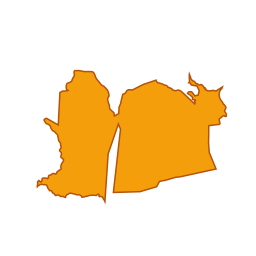 Santiago Yucuyachi, Oaxaca, Mexico (orthographic projection), rotated 168°
{"feature_id": "50627088B52041523995534", "entity_name": "Santiago Yucuyachi", "entity_type": "district", "adm_level": 2, "iso_a3": "MEX", "parent_name": "Mexico", "parent_adm1": "Oaxaca", "projection": "orthographic", "projection_center": [-98.214, 17.61], "detail": "fine", "context": "isolated", "style": "filled", "palette": "amber", "viewbox_px": 256, "rotation_deg": 168, "n_neighbors": 0, "source": "geoboundaries", "source_scale": "gbopen_adm2", "svg_char_len": 5510}
<svg xmlns="http://www.w3.org/2000/svg" viewBox="0 0 256 256"><g transform="rotate(168 128 128)"><path d="M187.2,176.9L195.6,145.5L205.8,154.5L206.4,154.3L207.1,154.3L207.9,153.7L208.4,153.4L208.4,152.7L207.8,151.3L207.7,150.5L207.1,149.5L206.4,148.9L205.7,148.6L205.1,148.0L204.5,147.5L203.7,146.2L203.5,145.5L203.5,144.5L203.4,143.7L203.1,143.0L202.8,142.3L202.4,141.2L201.7,140.6L201.1,140.2L200.5,139.5L200.0,138.7L199.8,138.2L199.0,137.1L198.5,136.2L198.3,135.5L198.4,134.3L198.3,133.1L198.4,131.4L198.4,129.9L198.0,128.8L197.4,127.8L197.2,126.6L197.3,126.1L197.5,125.4L197.4,124.2L197.4,123.6L197.7,122.4L198.8,121.4L199.3,121.0L199.6,120.0L199.4,119.3L198.8,118.6L198.5,118.0L198.4,117.3L198.5,116.7L198.7,115.7L199.1,115.2L199.6,114.3L199.7,113.4L199.4,112.8L199.0,112.4L198.6,112.0L198.2,111.4L197.7,110.8L197.7,109.9L198.0,109.4L198.5,108.7L199.0,108.2L199.4,107.8L200.4,106.8L201.3,105.3L201.8,104.1L201.8,103.4L201.8,102.5L202.0,101.8L202.8,101.5L203.4,101.1L204.3,101.0L205.0,100.5L205.6,100.2L206.4,100.0L206.8,99.4L207.1,98.8L207.7,98.2L208.4,98.0L209.0,98.5L210.3,99.0L211.3,99.1L212.9,98.3L214.2,98.1L215.1,98.1L215.8,97.5L216.0,96.5L216.5,95.6L216.9,95.5L217.5,95.2L218.0,95.8L218.8,96.0L219.7,96.4L220.4,96.6L221.6,96.7L222.5,96.3L222.7,95.6L223.0,94.9L223.2,94.4L223.7,93.7L224.2,93.3L224.8,93.5L225.2,94.1L225.7,94.7L226.1,95.2L226.8,94.7L227.3,94.5L227.6,94.1L227.8,93.5L227.9,92.8L228.0,92.2L228.2,91.7L228.4,91.1L228.8,90.3L228.9,89.4L228.1,90.1L226.9,90.4L226.1,90.8L225.2,90.9L224.6,90.9L223.7,90.7L223.2,90.5L222.6,90.2L222.0,89.9L221.3,90.0L220.8,89.8L220.2,89.5L219.4,88.8L219.2,88.0L219.1,87.5L219.0,86.8L219.0,86.0L218.3,84.6L218.0,83.8L217.9,83.2L217.5,82.8L216.9,82.9L216.0,82.6L215.6,81.9L215.5,81.2L215.3,80.2L214.8,79.9L214.1,79.2L213.8,78.6L213.4,77.9L213.0,77.1L212.4,76.9L211.8,77.0L210.8,77.1L210.2,77.0L209.7,76.6L209.1,76.2L208.5,75.3L207.9,74.9L207.2,74.8L206.4,74.7L205.8,74.6L205.3,74.2L204.8,73.7L204.4,73.4L203.7,73.1L203.3,73.5L203.1,74.0L202.4,75.0L201.9,75.4L201.0,75.5L199.9,75.8L199.2,76.1L198.4,76.3L197.2,76.0L196.3,75.6L195.8,75.4L195.3,75.0L194.1,74.6L193.0,73.9L192.2,73.4L190.7,73.0L189.2,72.6L188.7,72.2L187.9,71.4L187.4,69.8L186.7,69.7L186.2,69.9L185.2,69.7L184.7,69.7L183.9,70.0L183.0,69.7L181.7,69.8L180.9,69.9L179.9,70.0L178.9,70.0L178.1,69.8L176.6,69.7L176.2,69.6L175.0,69.2L173.1,68.6L172.4,68.9L171.9,69.2L170.7,69.4L170.2,69.0L170.3,68.3L170.5,67.8L170.6,67.3L170.3,66.8L169.5,66.8L168.9,66.8L168.4,66.3L167.7,66.1L167.3,65.8L167.2,65.2L166.9,64.2L166.8,63.6L166.3,62.7L166.1,61.6L165.9,60.8L164.4,66.1L152.8,106.8L136.6,133.9L135.6,128.3L155.7,68.0L129.4,63.2L128.5,63.3L112.2,64.6L108.3,69.2L101.9,69.1L91.5,69.9L87.4,69.4L50.4,69.6L52.8,82.7L53.6,87.2L52.3,96.8L50.4,104.9L48.5,113.5L37.9,112.6L37.1,113.2L37.1,114.2L37.1,115.5L37.1,116.2L37.1,116.8L37.0,117.5L36.2,118.2L34.9,118.8L34.1,119.1L33.3,119.8L32.6,120.0L31.9,120.2L31.5,120.0L30.9,119.4L30.4,118.9L29.4,119.1L29.1,119.9L29.1,121.1L29.1,121.6L29.2,122.2L29.5,123.1L29.8,123.6L30.1,124.2L29.9,124.8L29.4,125.6L28.8,126.2L28.4,126.8L27.9,127.7L28.2,129.0L28.7,130.0L29.0,130.8L29.4,131.3L29.8,131.8L30.0,132.5L30.2,133.5L30.8,134.7L31.4,136.0L31.8,137.2L32.0,138.4L32.1,139.7L32.0,141.6L31.6,142.8L31.0,144.1L30.6,145.0L29.8,145.7L29.0,146.5L28.4,146.8L27.7,147.5L27.1,148.5L32.5,146.6L33.4,146.1L34.2,145.8L36.2,146.7L36.7,147.1L37.2,147.3L38.1,147.0L39.1,147.2L40.1,147.4L41.1,147.5L41.9,147.5L43.3,148.8L44.1,149.2L43.9,149.9L44.5,149.9L44.5,151.0L44.8,151.2L44.5,151.4L44.9,151.7L45.3,152.0L45.4,152.5L45.7,152.8L45.8,153.3L45.9,153.5L46.1,153.8L46.4,153.9L46.4,154.3L46.7,154.8L46.9,154.9L47.1,155.2L47.6,155.4L48.9,155.2L49.4,155.3L50.3,155.8L50.6,156.6L51.2,156.9L52.1,157.1L52.4,158.0L52.7,158.3L53.3,159.6L54.1,160.3L54.7,160.6L54.9,160.6L55.4,161.5L56.1,162.7L56.3,164.6L56.8,167.9L57.0,167.4L57.1,167.0L57.2,166.4L57.5,165.0L58.1,161.3L58.2,160.8L58.7,160.0L59.2,159.6L58.2,159.2L57.8,159.0L57.7,158.8L57.5,158.5L57.2,157.0L56.6,156.7L51.8,154.6L50.6,149.8L52.4,145.7L55.9,145.5L58.2,150.2L60.6,150.8L61.7,150.4L62.6,149.4L61.5,148.3L60.3,147.2L58.4,144.4L59.0,142.6L57.5,141.8L56.4,141.5L56.4,140.9L57.3,140.3L57.0,139.0L57.8,137.7L68.3,152.8L69.6,154.0L71.1,154.7L73.0,154.6L74.0,154.6L75.6,155.5L76.4,155.9L77.1,157.4L78.5,158.4L80.4,159.5L80.5,160.2L81.4,161.4L82.2,161.9L84.1,162.9L85.3,164.0L86.4,164.6L87.1,165.0L88.1,165.5L88.9,165.8L89.5,166.1L90.1,166.9L90.5,168.1L90.6,169.0L104.1,167.4L115.4,164.4L116.0,164.2L116.7,164.6L117.6,164.9L118.5,165.1L119.6,165.3L120.6,165.1L121.5,164.6L122.4,163.7L123.6,162.5L126.2,162.0L126.7,160.8L129.3,155.5L129.9,153.8L132.4,150.2L134.1,144.0L138.8,142.6L138.6,145.8L141.8,150.3L141.8,151.6L141.6,153.5L141.5,154.6L141.8,155.9L141.9,156.8L142.0,158.0L142.0,159.6L141.9,160.4L141.5,161.4L141.2,161.9L140.9,162.2L140.0,163.0L139.7,164.0L139.7,166.1L139.8,167.0L140.1,168.6L140.4,169.8L141.3,171.2L142.4,173.1L143.5,174.3L144.5,175.1L145.4,176.3L146.4,178.4L147.0,179.5L147.5,180.6L147.9,181.2L148.6,182.7L149.0,184.1L149.2,185.2L149.2,186.0L149.5,187.2L150.0,189.1L150.9,190.3L152.6,190.9L155.8,191.6L159.1,192.3L160.7,193.0L162.4,193.7L164.4,194.5L165.9,194.7L167.4,195.0L168.2,195.2L169.1,194.3L169.4,192.2L169.4,191.0L169.8,190.1L170.6,189.2L171.6,188.3L172.5,187.0L173.1,185.9L173.9,185.2L175.8,184.7L178.3,184.3L178.9,183.5L179.7,182.1L180.1,180.1L180.1,178.7L178.9,177.2L179.8,177.1L181.1,177.3L182.1,177.3L183.1,177.3L184.1,177.8L186.7,177.0L187.2,176.9Z" fill="#f59e0b" stroke="#b45309" stroke-width="1.5"/></g></svg>